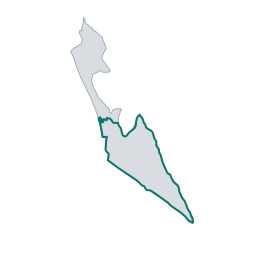 HaDarom highlighted on a map of Israel, rotated 322°
{"feature_id": "ISR-3053", "entity_name": "HaDarom", "entity_type": "District", "adm_level": 1, "iso_a3": "ISR", "parent_name": "Israel", "parent_adm1": "", "projection": "equal_earth", "projection_center": [34.85, 30.684], "detail": "fine", "context": "in_parent", "style": "outline", "palette": "teal", "viewbox_px": 256, "rotation_deg": 322, "n_neighbors": 0, "source": "natural_earth", "source_scale": "10m", "svg_char_len": 4107}
<svg xmlns="http://www.w3.org/2000/svg" viewBox="0 0 256 256"><g transform="rotate(322 128 128)"><path d="M161.7,13.1L160.6,16.2L159.6,17.8L159.3,20.3L160.0,22.3L160.3,25.0L161.1,25.8L161.4,27.6L160.7,29.4L161.1,30.8L162.0,32.2L162.6,37.7L163.9,40.3L161.9,44.3L161.5,47.5L159.5,52.4L157.2,52.8L151.9,55.5L151.1,56.3L150.2,57.9L150.0,59.1L149.3,72.1L146.4,71.7L142.8,68.9L142.1,66.4L141.0,65.6L138.5,65.3L133.7,64.0L128.1,68.3L125.7,75.4L125.2,78.7L123.3,85.7L124.0,90.0L124.3,95.6L124.8,100.1L124.3,102.9L123.2,104.3L123.5,105.4L124.5,105.7L127.6,104.5L130.8,105.7L133.9,108.1L134.2,109.6L132.0,110.5L126.8,114.1L123.1,118.2L122.2,122.1L119.7,130.2L120.0,131.9L121.2,132.9L129.7,132.0L137.4,128.7L143.2,125.2L145.0,125.4L143.8,134.4L142.9,139.9L143.2,140.9L144.6,145.7L142.1,154.5L139.4,161.6L138.4,165.0L135.7,172.6L133.0,181.3L131.5,187.4L131.8,189.5L131.1,200.6L131.5,203.8L128.3,213.4L127.7,218.2L126.4,224.7L124.1,238.3L121.1,242.9L119.6,237.8L116.1,223.2L113.6,213.2L110.2,200.9L104.6,185.9L104.1,182.3L102.8,177.1L98.9,163.5L95.8,153.7L92.1,141.2L96.7,136.3L96.8,132.2L104.5,122.7L104.4,121.8L102.4,119.3L102.6,118.8L111.2,101.1L116.7,83.7L121.8,59.4L125.5,47.1L128.6,39.0L129.9,32.2L134.9,31.8L138.6,32.5L143.1,32.7L146.6,30.2L148.3,22.6L150.4,21.4L151.4,23.2L152.5,21.2L157.1,17.9L159.4,15.7L161.7,13.1Z" fill="#d9dde1" stroke="#a8b0b8" stroke-width="1"/><path d="M92.3,141.1L93.0,140.3L95.2,138.4L96.8,136.5L96.9,135.5L96.6,133.5L96.6,132.5L97.5,130.5L102.5,125.1L103.1,124.5L104.6,123.0L105.8,121.9L104.2,120.8L102.5,119.4L102.9,118.4L104.0,116.8L107.9,109.2L108.2,108.7L110.6,102.4L110.8,102.4L111.2,102.2L111.3,102.2L111.7,102.2L112.0,102.4L112.3,102.4L112.5,102.4L112.6,102.5L112.6,102.8L112.6,103.0L112.4,103.2L112.4,103.3L112.4,103.8L112.4,104.0L112.3,104.7L112.3,104.8L112.2,104.9L111.8,104.9L111.5,104.8L111.3,104.7L111.2,104.8L111.0,105.0L111.0,105.3L111.0,105.5L111.5,105.9L111.7,106.2L111.7,106.3L111.6,106.5L111.4,106.7L111.2,106.8L111.0,107.0L110.9,107.1L110.9,107.3L110.9,107.5L111.0,107.5L112.0,107.9L112.4,107.9L112.8,107.5L113.0,107.4L113.3,107.2L113.2,107.0L113.1,106.9L113.1,106.7L112.9,106.5L112.7,106.4L112.8,106.3L113.6,106.2L113.8,105.9L114.1,106.0L114.9,106.5L115.0,106.6L115.2,106.9L115.3,107.2L115.6,108.2L115.7,108.4L115.7,108.5L115.9,108.7L116.3,108.5L117.7,107.2L118.9,108.9L119.3,109.3L119.6,109.3L119.7,109.5L119.7,109.9L119.7,110.1L119.6,110.3L119.6,110.5L119.8,111.2L119.8,111.5L119.8,111.8L119.7,112.1L119.6,112.3L119.7,113.2L119.6,113.5L119.7,114.0L119.7,114.6L119.7,114.9L120.1,115.3L123.2,117.9L122.5,119.4L122.3,121.0L122.3,122.6L122.0,124.5L120.1,128.3L119.4,130.3L119.9,132.2L120.9,133.1L122.1,133.3L123.3,133.0L124.4,132.6L127.0,132.2L132.5,132.3L135.1,131.2L139.8,126.6L142.4,125.0L145.3,124.7L145.3,128.1L145.3,128.7L145.1,130.0L144.3,132.3L143.5,134.0L143.9,134.5L143.8,135.7L143.2,136.9L142.6,138.4L142.9,140.0L143.3,141.5L143.8,142.6L144.4,144.1L144.7,145.7L144.5,147.4L142.5,152.0L142.2,153.7L142.2,155.6L141.7,156.6L140.5,158.0L140.0,158.5L139.4,159.9L139.3,161.2L139.3,162.5L139.2,163.8L138.9,164.4L138.2,165.1L137.9,165.6L137.6,166.3L137.4,167.0L137.2,168.4L136.9,169.8L134.3,175.9L132.4,183.0L132.2,184.4L131.5,186.8L131.5,188.2L131.7,188.8L132.3,190.0L132.4,190.9L132.3,191.7L132.1,192.3L131.8,192.9L131.5,193.7L131.1,196.7L130.8,197.7L130.8,199.4L131.7,203.0L131.7,204.9L131.0,206.8L129.1,210.1L128.6,212.4L128.6,213.1L128.4,213.7L128.2,214.1L128.0,214.6L127.7,216.6L127.7,220.2L127.5,221.4L125.4,227.8L125.1,229.3L124.9,232.6L124.4,234.1L123.9,235.2L123.5,236.5L123.4,238.1L123.2,238.9L122.9,239.4L122.1,240.5L121.8,241.2L121.6,241.6L121.5,242.0L121.4,242.2L121.0,242.2L120.6,242.2L120.3,242.2L119.9,241.3L118.9,238.9L118.6,237.5L118.7,233.4L117.6,227.3L115.8,221.8L113.9,215.6L113.6,212.4L113.6,212.1L113.6,211.7L113.5,211.4L113.4,211.1L111.7,205.4L109.1,196.7L107.6,191.9L107.2,191.0L104.8,188.6L104.5,188.0L104.4,187.4L104.4,186.3L104.9,184.6L104.9,183.8L104.4,183.1L103.7,182.0L103.5,181.0L103.4,178.5L102.4,173.9L99.7,165.7L97.5,158.9L95.8,153.8L94.4,148.8L92.7,142.7L92.3,141.1Z" fill="none" stroke="#0f766e" stroke-width="2"/></g></svg>